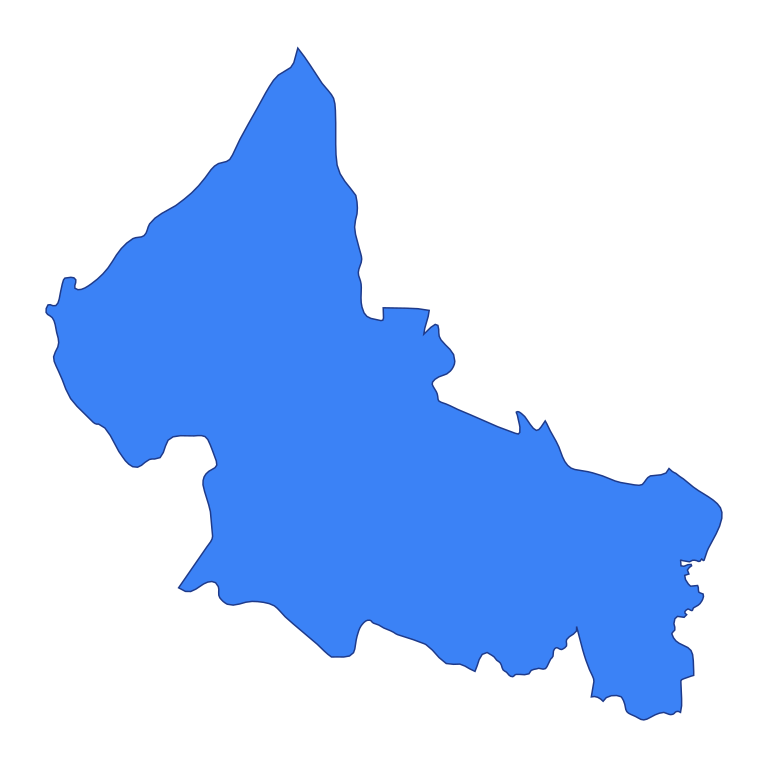 outline of San Luis Potosí
{"feature_id": "MEX-2715", "entity_name": "San Luis Potosí", "entity_type": "State", "adm_level": 1, "iso_a3": "MEX", "parent_name": "Mexico", "parent_adm1": "", "projection": "robinson", "projection_center": [-100.079, 22.87], "detail": "fine", "context": "isolated", "style": "filled", "palette": "blue", "viewbox_px": 768, "rotation_deg": 0, "n_neighbors": 0, "source": "natural_earth", "source_scale": "10m", "svg_char_len": 6072}
<svg xmlns="http://www.w3.org/2000/svg" viewBox="0 0 768 768"><path d="M297.8,48.1L304.2,56.5L310.3,65.4L322.1,83.4L328.3,90.7L331.4,94.6L333.6,98.4L334.9,103.9L335.4,110.4L335.7,123.0L335.7,144.2L336.0,154.8L337.1,165.1L340.1,173.8L344.9,181.4L350.5,188.4L355.8,195.4L357.0,201.9L357.4,208.0L357.0,213.9L355.5,220.1L354.6,227.1L355.5,234.3L359.2,248.3L360.7,253.6L361.4,256.4L361.7,259.1L361.2,262.5L358.9,269.1L358.3,272.4L358.6,275.4L360.5,281.1L361.1,284.1L361.3,287.6L361.0,297.9L361.2,302.6L362.0,307.1L364.0,312.8L366.9,316.4L370.9,318.4L380.9,320.6L382.8,320.2L383.5,318.1L383.2,307.8L406.3,308.2L417.9,308.7L429.2,310.4L428.2,316.4L424.8,328.2L423.8,334.2L430.9,327.3L435.2,324.4L437.9,325.4L438.7,329.3L438.8,332.8L439.2,336.3L441.0,339.9L445.2,344.6L449.9,349.3L453.6,354.6L454.8,361.3L454.4,364.1L453.4,366.6L452.1,368.9L450.4,371.0L446.8,373.9L438.8,376.9L435.0,379.3L432.6,382.0L432.2,384.3L433.2,386.5L436.3,391.7L437.2,393.8L437.7,396.2L438.1,399.6L439.0,401.1L441.2,402.3L446.1,404.0L450.0,405.7L457.9,409.5L470.9,415.0L497.9,426.8L515.3,433.3L518.3,434.0L519.8,432.4L519.9,427.2L519.4,424.4L518.1,418.7L517.5,415.8L516.9,413.9L516.3,412.7L516.4,412.0L517.9,411.6L519.4,412.1L521.4,413.5L523.3,415.2L524.8,416.6L527.2,420.0L530.2,424.4L533.3,428.3L536.3,430.4L538.8,429.6L541.1,427.0L545.2,420.9L547.0,424.1L547.5,425.2L550.2,430.8L556.2,441.5L558.9,447.1L562.5,456.8L564.8,461.5L567.7,465.4L571.1,468.1L574.8,469.5L587.9,471.7L592.8,472.9L602.5,475.9L615.2,481.0L620.6,482.5L634.5,484.9L639.1,485.3L642.3,484.5L644.3,482.2L646.0,479.8L647.8,477.6L650.4,475.9L661.0,474.8L666.0,473.0L669.0,468.5L672.2,471.4L674.0,472.5L675.9,473.4L679.8,476.5L683.4,478.9L693.5,487.2L698.4,490.6L708.4,496.8L713.3,500.2L717.4,503.8L720.4,507.7L721.9,512.4L721.8,518.3L719.6,526.1L716.2,533.7L708.5,548.1L707.2,551.0L704.1,560.2L703.3,560.5L701.7,559.0L699.9,561.3L698.3,561.4L696.6,560.6L694.4,560.2L692.4,560.3L690.2,561.5L689.4,561.8L682.9,560.7L680.9,560.1L680.6,560.3L681.0,565.8L683.9,566.3L687.9,564.7L691.1,564.4L691.6,565.8L689.3,567.5L687.4,570.0L688.9,574.0L684.7,575.4L685.5,579.6L688.4,584.1L690.6,586.2L697.6,585.5L698.3,587.5L698.4,590.0L698.7,592.0L700.1,592.9L703.1,594.0L703.5,596.5L702.7,599.2L701.8,601.0L700.0,603.6L698.0,605.3L693.6,607.8L693.2,608.4L692.5,610.2L691.9,610.6L690.8,610.3L688.6,609.1L687.7,609.1L685.9,610.3L684.9,611.6L685.0,613.1L686.7,614.7L684.1,617.3L677.5,616.4L674.9,618.7L673.9,623.7L674.8,627.1L674.8,630.0L672.5,632.5L671.8,633.8L673.5,637.8L675.9,640.9L679.0,643.2L687.9,647.6L691.0,650.5L692.6,654.5L693.3,660.7L693.7,671.7L693.7,675.4L691.2,676.1L683.6,678.8L681.7,679.7L680.9,680.8L680.9,682.5L681.6,698.8L681.6,705.8L680.5,712.4L678.7,711.5L677.1,711.4L675.5,712.0L674.2,713.4L673.0,714.2L671.7,714.5L670.4,714.6L669.0,714.3L663.8,712.4L659.4,713.2L655.2,714.8L647.0,719.1L643.8,719.9L640.9,719.4L634.9,716.2L630.6,714.3L628.4,713.1L626.8,711.6L625.8,709.5L624.8,704.4L623.5,700.6L622.0,697.9L621.0,696.7L616.7,695.5L611.3,695.7L606.3,697.6L603.1,701.3L600.6,699.0L597.7,697.3L594.5,696.5L591.3,696.9L593.9,681.5L593.6,678.8L592.3,675.6L589.5,669.7L585.8,659.9L584.2,654.9L582.7,649.8L576.6,626.5L576.5,631.0L573.4,634.1L569.4,636.7L566.6,639.6L566.3,641.7L566.6,643.9L566.5,645.9L564.9,647.7L563.0,648.9L561.7,649.5L560.3,649.3L557.4,647.8L556.5,647.7L555.7,648.0L554.7,648.7L553.5,650.9L553.0,656.2L551.9,657.9L550.9,658.8L550.0,660.4L547.1,666.4L546.2,667.8L545.2,668.7L543.1,669.1L538.7,668.3L536.4,668.9L533.8,669.4L531.2,670.4L528.9,673.8L524.6,674.7L519.9,674.4L516.1,674.4L514.8,675.0L513.9,676.0L512.8,676.7L510.7,676.3L509.1,675.2L506.5,672.2L504.8,671.2L503.1,669.9L502.1,667.7L501.4,665.2L500.3,663.0L499.1,661.9L496.7,660.2L494.0,656.8L491.7,655.2L487.1,652.5L482.2,654.4L479.2,659.5L477.1,665.9L475.0,671.4L469.8,668.9L465.0,666.1L459.9,664.1L453.6,664.3L446.2,663.5L439.1,657.6L432.4,650.1L426.0,644.6L424.4,643.8L413.1,639.6L397.5,634.6L395.5,633.6L393.6,632.3L390.4,630.7L383.8,628.0L378.7,625.0L373.4,623.1L372.1,622.1L371.2,620.9L369.8,620.2L367.4,620.3L365.6,621.1L363.8,622.6L362.2,624.4L361.0,626.0L359.7,628.3L358.7,630.8L357.1,636.0L356.2,640.0L354.8,649.0L353.5,652.7L349.5,656.0L343.7,657.0L337.3,656.9L331.5,657.0L327.9,654.3L324.3,651.1L317.3,644.3L293.1,623.8L285.2,616.8L279.9,611.0L277.2,608.2L274.3,605.8L269.2,603.6L263.4,602.3L257.6,601.6L252.1,601.4L245.9,602.2L239.5,604.0L233.2,605.1L227.2,604.2L225.2,603.0L223.2,601.5L221.4,599.7L219.8,597.8L218.8,595.2L218.7,592.3L218.8,589.3L218.3,586.6L215.6,582.7L211.9,581.5L207.7,582.1L203.7,583.9L195.9,589.1L190.7,591.5L185.4,591.4L178.6,587.8L207.0,546.7L210.6,541.8L212.1,538.9L212.6,536.2L210.4,511.7L208.7,504.8L204.6,491.5L203.0,484.8L203.1,480.5L204.1,476.9L206.0,473.9L208.8,471.3L215.0,467.7L216.8,465.1L216.3,461.0L212.3,450.1L210.2,444.7L207.8,439.5L205.1,436.6L201.6,435.6L197.7,435.6L194.0,435.9L180.4,435.7L173.1,436.8L168.1,440.2L165.5,446.0L163.3,452.5L160.1,457.6L154.6,459.0L151.9,459.0L149.4,459.5L145.1,462.3L141.5,465.3L137.6,467.2L132.7,466.7L128.8,464.2L125.4,460.8L122.5,456.8L118.8,451.4L110.3,435.5L104.9,428.0L98.6,424.1L96.6,424.1L94.7,423.4L93.1,422.2L77.0,406.3L70.6,398.6L65.8,389.1L62.3,379.8L58.3,370.7L56.1,366.0L54.2,361.4L53.6,356.8L55.3,352.0L57.8,347.0L58.7,342.7L58.2,338.2L56.7,332.6L55.2,324.7L54.0,320.7L52.2,317.6L49.9,315.8L47.6,314.4L46.1,312.4L46.2,308.5L48.0,304.9L50.2,304.7L52.9,305.7L55.8,305.6L57.9,303.1L59.2,299.1L60.7,291.2L62.3,283.9L63.5,279.9L64.9,278.1L70.9,277.3L73.9,277.8L75.8,279.8L75.7,282.6L74.8,285.6L74.9,288.2L77.9,289.7L81.3,289.4L85.0,287.9L88.5,285.8L91.5,283.7L97.4,279.1L102.9,273.9L107.9,268.1L112.3,261.6L116.5,254.9L121.3,248.5L126.8,243.0L132.9,238.6L135.6,237.7L141.4,236.9L144.0,235.7L146.0,233.2L147.2,230.1L148.2,226.9L149.6,223.9L155.0,218.1L161.8,213.4L175.7,205.6L183.9,199.4L191.5,193.0L198.5,185.9L205.2,177.7L211.1,169.6L214.5,166.1L218.4,163.6L226.5,161.5L229.7,159.5L232.5,155.0L240.0,139.2L248.5,123.7L257.2,108.3L265.6,93.0L269.5,86.4L273.5,80.3L278.3,75.1L290.7,67.5L293.8,62.7L297.8,48.1Z" fill="#3b82f6" stroke="#1e3a8a" stroke-width="1.5"/></svg>